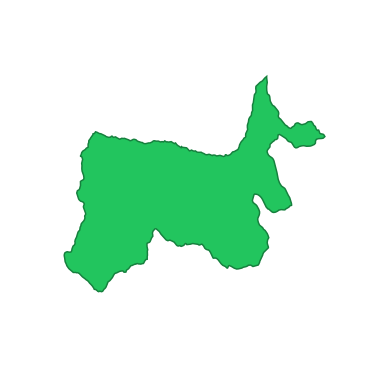 the district of Sacama, Casanare, Colombia, rotated 337°
{"feature_id": "7082276B28125615795996", "entity_name": "Sacama", "entity_type": "district", "adm_level": 2, "iso_a3": "COL", "parent_name": "Colombia", "parent_adm1": "Casanare", "projection": "equal_earth", "projection_center": [-72.205, 6.05], "detail": "fine", "context": "isolated", "style": "filled", "palette": "green", "viewbox_px": 384, "rotation_deg": 337, "n_neighbors": 0, "source": "geoboundaries", "source_scale": "gbopen_adm2", "svg_char_len": 6068}
<svg xmlns="http://www.w3.org/2000/svg" viewBox="0 0 384 384"><g transform="rotate(337 192 192)"><path d="M67.2,247.3L68.4,247.3L69.7,248.4L70.9,248.5L73.1,247.1L74.2,246.8L75.6,246.0L78.3,243.3L79.3,242.1L82.0,241.4L85.2,239.7L88.2,237.3L89.4,236.8L91.0,237.0L94.5,236.8L96.3,237.2L97.5,237.6L98.0,239.1L98.2,239.3L99.8,239.9L101.0,238.6L101.7,238.2L103.6,237.9L106.8,236.0L108.3,236.2L111.2,236.1L112.2,236.5L112.6,236.2L113.9,236.6L114.5,237.2L116.8,238.4L118.4,238.5L118.9,238.8L119.7,238.6L121.6,237.0L123.1,236.1L124.5,236.4L125.6,233.8L126.3,232.8L127.8,228.9L128.6,228.0L129.3,224.6L130.2,222.3L130.5,221.9L130.9,221.6L131.5,221.6L133.1,221.7L134.0,221.3L137.2,218.2L138.5,217.6L139.1,216.2L139.3,215.1L139.7,214.1L140.8,212.8L143.4,211.5L144.0,211.6L144.7,212.0L146.5,215.7L146.9,218.5L149.4,225.9L150.5,227.2L151.3,227.5L152.8,227.6L154.7,229.6L156.0,231.2L157.0,234.8L157.5,235.8L158.4,236.4L160.1,236.7L160.5,237.6L161.1,237.9L163.6,237.9L165.1,237.1L165.9,236.9L166.5,237.4L166.5,238.2L166.7,238.4L170.1,239.4L172.5,239.7L176.9,242.4L177.6,243.4L178.1,243.7L180.5,243.8L180.9,244.1L181.6,246.2L181.8,248.6L182.3,249.8L183.5,251.2L184.4,251.6L185.1,253.0L185.4,255.1L185.6,260.9L185.9,261.3L187.5,261.8L188.6,262.6L189.5,264.3L190.8,269.5L191.7,271.5L193.5,273.5L194.6,275.8L195.2,275.8L196.6,274.4L197.5,274.2L199.0,275.7L201.1,278.6L203.1,280.4L204.8,280.9L208.2,281.5L209.8,281.3L212.5,281.8L214.4,281.8L215.1,281.4L217.5,282.2L219.0,284.4L224.4,285.1L224.9,284.8L226.7,283.2L227.2,282.4L232.4,277.7L233.2,276.6L234.5,275.6L240.5,273.2L240.8,272.5L241.1,269.4L241.5,267.8L243.0,265.5L244.8,264.1L245.0,261.7L245.0,259.6L244.3,256.0L243.3,254.3L243.1,252.4L241.4,249.2L241.2,248.5L241.2,245.8L241.6,243.4L242.4,241.8L244.8,239.5L245.8,238.1L246.5,236.6L246.7,234.0L246.3,229.9L246.0,229.0L244.1,225.5L244.3,223.3L248.1,218.6L248.9,218.4L250.8,219.5L251.8,220.4L252.8,222.1L253.6,224.2L254.0,226.4L254.4,234.8L255.2,237.2L256.0,237.8L257.8,241.5L258.4,242.2L259.3,242.8L261.2,243.2L263.7,243.0L264.5,242.6L267.1,243.0L269.9,244.5L270.7,244.7L271.4,244.3L275.3,243.8L276.7,243.0L278.4,243.2L278.6,243.0L279.1,241.2L279.7,235.5L279.3,232.5L279.0,225.9L278.8,224.9L278.4,224.2L276.7,221.5L276.1,217.9L276.3,214.0L277.8,207.2L279.6,195.4L279.6,194.2L279.4,192.7L278.9,191.6L277.5,189.5L276.9,188.1L276.7,186.5L276.8,184.5L277.1,183.8L278.1,182.7L281.3,181.0L282.5,178.6L285.9,177.3L287.5,177.0L288.6,176.3L290.2,176.6L291.2,176.4L291.8,176.1L293.6,173.1L295.0,173.2L295.8,174.1L299.4,179.5L300.1,182.2L300.7,183.3L302.6,184.9L303.0,185.6L303.7,189.9L303.9,190.8L304.9,192.0L306.5,192.3L308.6,192.0L311.4,192.5L313.1,193.1L315.4,194.7L316.8,195.2L318.7,195.9L320.3,196.1L323.3,196.0L324.7,195.2L325.7,193.2L326.8,192.3L327.6,192.1L329.2,192.3L332.6,193.5L333.9,193.7L336.0,192.9L335.7,190.8L335.2,190.0L333.0,188.5L332.6,187.8L332.8,185.3L332.8,184.6L332.5,184.3L331.5,184.3L331.1,183.2L330.9,182.4L331.1,180.1L330.8,179.2L330.2,178.3L330.1,177.2L330.1,175.9L329.8,175.4L329.6,174.0L329.2,173.6L326.3,172.7L323.1,173.5L319.6,173.0L318.6,172.3L316.6,169.8L315.1,169.4L313.8,169.5L312.0,171.0L309.5,171.4L308.0,172.0L307.4,171.8L306.1,170.6L305.1,168.0L304.1,167.0L302.0,159.5L301.3,158.4L300.9,157.2L301.1,155.7L302.2,154.2L302.7,153.1L302.9,151.4L301.3,145.4L300.2,143.9L299.9,143.1L299.6,140.0L299.7,138.4L300.8,134.6L300.9,133.5L300.6,132.5L300.0,131.6L299.8,130.9L300.5,127.7L302.0,123.9L304.1,120.5L305.3,116.2L305.9,114.8L303.4,115.6L300.1,117.3L297.6,117.6L292.2,119.7L291.2,121.5L290.5,123.8L289.7,125.4L287.4,126.9L283.3,133.8L281.7,135.5L279.6,140.7L278.0,142.1L276.5,144.7L274.2,145.9L272.7,147.2L271.2,149.7L269.1,152.1L268.2,154.2L267.6,156.3L264.4,159.2L263.6,160.5L263.0,162.2L262.2,162.6L260.7,162.8L259.7,163.7L257.1,164.9L256.1,165.6L254.2,167.2L253.1,168.8L251.0,170.8L246.8,171.3L245.0,171.0L242.4,172.3L241.1,172.6L239.4,172.5L238.5,172.1L238.2,171.3L237.3,170.8L236.2,171.8L234.8,171.6L232.1,169.2L228.8,168.5L227.5,167.0L225.7,166.2L224.9,166.4L222.7,164.1L221.9,163.8L220.5,163.6L219.6,163.2L218.8,162.5L218.1,161.4L216.7,160.0L216.0,159.0L212.9,157.7L212.2,157.2L211.2,155.5L209.9,155.2L209.2,154.7L207.9,153.2L206.4,153.3L205.7,153.1L204.5,149.7L204.1,149.1L200.6,147.1L200.1,146.2L199.4,147.0L199.2,146.9L198.3,145.3L197.4,144.2L196.5,142.4L196.0,140.4L195.8,140.3L194.8,140.6L194.5,140.4L192.5,137.5L189.9,136.9L189.1,136.3L188.0,135.9L186.9,134.3L185.4,134.8L184.1,133.9L182.7,133.7L180.8,131.9L179.3,131.4L177.3,130.1L176.4,129.9L174.4,130.4L172.5,130.4L171.3,129.9L168.2,129.4L166.8,128.7L166.2,128.1L165.8,127.2L164.5,126.4L161.7,123.9L160.8,122.0L159.7,121.1L158.6,120.6L156.2,120.8L155.0,120.6L154.1,119.3L150.8,116.2L149.7,115.9L148.3,115.1L146.1,115.2L144.2,112.9L143.2,111.4L141.0,111.0L140.2,109.3L139.5,109.2L138.4,109.7L136.4,109.0L134.6,107.4L134.0,106.3L130.9,102.8L129.6,102.0L127.9,99.9L126.7,98.9L125.1,100.0L123.7,99.7L123.0,100.7L120.2,102.4L118.4,103.7L117.5,104.1L116.9,104.7L116.4,106.0L115.5,106.8L114.8,107.9L114.0,110.1L111.8,110.4L110.3,111.2L107.4,111.7L105.8,112.7L104.7,114.2L103.5,115.2L103.4,115.6L104.1,116.3L104.3,116.8L104.1,119.2L101.6,122.6L101.1,124.5L99.7,127.5L99.0,129.8L98.7,134.3L98.0,137.0L97.2,138.0L95.7,138.4L94.5,138.4L93.4,138.8L91.9,142.5L89.9,145.0L88.9,145.8L87.1,146.0L86.7,146.4L85.5,147.9L84.9,154.1L85.2,155.5L85.9,156.9L87.3,158.1L87.8,158.8L88.2,160.1L88.1,161.0L86.4,162.9L86.1,163.9L85.8,169.6L85.5,170.8L85.2,171.2L84.2,171.8L83.7,172.5L83.4,173.8L83.0,174.5L81.6,176.0L77.9,177.8L77.0,178.8L76.6,179.6L75.3,180.7L73.8,183.2L71.8,184.1L70.8,185.1L68.0,188.5L66.1,190.1L64.9,191.7L64.5,193.2L64.0,194.0L62.8,195.0L61.8,195.1L60.8,195.9L59.4,197.4L58.3,199.1L57.1,199.9L56.6,199.9L55.5,199.4L53.7,198.2L51.7,198.2L51.2,198.4L50.2,199.4L49.5,200.7L49.0,203.0L48.0,206.7L48.1,208.9L48.0,211.1L48.7,214.4L51.3,219.7L53.5,220.6L54.1,221.2L55.0,221.5L55.6,222.0L56.4,223.0L58.0,227.3L59.8,230.4L60.4,231.7L61.0,232.4L61.7,233.9L62.1,235.7L63.4,239.1L64.0,242.0L64.0,243.4L65.2,244.1L66.1,245.6L66.5,246.6L67.2,247.3Z" fill="#22c55e" stroke="#15803d" stroke-width="1.5"/></g></svg>